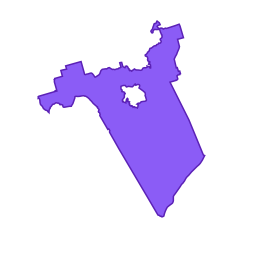 Muaro Jambi, Jambi, Indonesia (Mercator projection), rotated 74°
{"feature_id": "22746128B29274337249674", "entity_name": "Muaro Jambi", "entity_type": "district", "adm_level": 2, "iso_a3": "IDN", "parent_name": "Indonesia", "parent_adm1": "Jambi", "projection": "mercator", "projection_center": [103.518, -1.705], "detail": "fine", "context": "isolated", "style": "filled", "palette": "violet", "viewbox_px": 256, "rotation_deg": 74, "n_neighbors": 0, "source": "geoboundaries", "source_scale": "gbopen_adm2", "svg_char_len": 5486}
<svg xmlns="http://www.w3.org/2000/svg" viewBox="0 0 256 256"><g transform="rotate(74 128 128)"><path d="M222.5,117.8L220.4,116.6L218.3,115.1L216.4,113.5L214.9,112.0L213.9,109.7L213.1,107.5L212.5,106.0L211.4,105.0L210.3,104.4L206.4,103.3L205.4,102.4L204.4,101.0L198.5,93.7L197.5,92.7L196.7,91.6L196.0,90.2L195.4,89.5L194.4,88.2L193.0,86.9L191.7,85.5L190.7,83.8L190.3,82.9L187.8,79.2L183.8,71.9L183.0,70.1L181.9,68.3L179.3,65.3L175.6,61.9L174.9,62.9L173.0,63.2L137.1,67.2L95.5,75.0L95.5,68.8L95.3,68.8L95.3,67.6L94.6,66.6L91.4,66.6L91.1,65.9L90.8,65.6L90.9,63.5L90.2,63.5L90.2,62.6L87.5,62.6L87.5,63.9L83.5,64.0L83.5,65.0L74.5,64.6L72.0,62.4L70.8,61.1L68.6,59.5L65.7,57.1L64.8,56.6L64.0,56.1L56.4,55.9L56.5,49.8L44.3,49.9L42.3,50.2L42.6,54.4L42.9,63.3L42.7,64.1L42.3,64.5L42.6,66.8L41.6,67.5L41.5,68.0L41.0,68.6L41.1,70.4L40.0,71.5L38.3,72.0L37.7,71.0L37.6,68.6L35.5,68.9L35.1,69.2L33.2,70.6L33.3,70.8L35.0,72.2L35.1,73.1L34.9,73.6L35.0,73.9L35.2,74.3L36.5,75.1L37.8,76.1L39.6,77.2L40.6,78.7L41.2,79.3L41.9,79.3L43.2,78.8L43.3,78.6L43.3,78.2L43.1,77.7L42.2,77.5L41.4,76.8L40.8,76.0L40.6,75.5L40.6,75.0L41.2,73.6L41.9,70.7L42.3,70.4L44.9,70.4L46.7,70.1L47.6,70.1L48.0,69.7L48.9,70.0L49.5,70.0L49.9,70.3L50.4,70.5L50.8,71.1L51.1,72.2L51.9,72.7L52.2,72.7L52.7,72.4L53.6,72.2L54.0,72.2L54.4,72.5L55.2,73.3L55.3,73.6L55.3,74.1L54.8,74.9L55.7,76.0L55.8,76.9L55.7,77.2L55.8,77.6L56.6,78.4L56.3,80.2L56.9,81.9L57.2,82.2L57.3,82.8L57.5,83.2L57.7,83.6L57.7,83.8L57.5,84.3L57.5,84.8L57.6,85.0L58.7,85.8L59.7,86.3L59.8,86.8L60.4,87.7L60.5,88.2L60.6,88.4L61.2,88.6L62.1,90.0L62.5,91.3L63.2,91.5L63.7,91.4L64.1,90.6L64.5,90.2L65.4,89.8L66.4,89.8L66.9,89.9L67.5,90.3L67.8,90.4L68.6,90.4L68.6,90.2L69.2,90.2L69.9,89.6L70.1,89.3L70.1,89.0L70.5,88.8L70.7,89.1L70.8,89.3L70.9,89.0L71.1,89.1L71.2,89.4L71.4,89.7L71.6,90.0L71.8,89.8L72.3,89.7L72.3,90.0L72.5,90.4L72.7,90.1L72.8,89.8L72.7,89.3L73.6,89.0L73.9,89.0L74.5,89.4L74.9,89.3L75.0,89.7L75.4,89.6L75.8,89.7L76.4,89.6L76.5,90.2L75.5,90.5L74.8,91.0L73.7,92.6L74.6,92.7L74.9,93.0L75.0,94.3L74.6,95.4L74.5,96.9L75.1,97.7L75.8,98.3L76.1,99.2L76.0,100.1L75.1,102.1L74.5,104.0L74.1,104.6L73.9,105.0L73.3,105.2L73.0,105.6L73.3,105.9L73.3,106.3L73.7,107.1L73.7,107.9L74.3,108.5L74.4,108.8L74.0,109.0L73.7,109.5L73.2,109.8L73.3,110.2L73.3,110.6L72.4,110.9L71.6,110.6L71.0,111.2L69.9,111.3L68.7,111.6L68.1,112.2L68.0,112.4L68.3,112.8L68.0,113.4L68.4,113.5L69.2,114.3L67.6,116.0L63.2,116.0L62.9,117.5L63.0,118.0L67.6,118.0L67.9,118.9L67.9,120.4L68.3,120.8L68.3,121.3L68.3,121.8L68.1,123.0L68.3,123.8L68.2,124.8L67.8,125.3L67.6,125.8L67.4,126.4L67.5,126.6L67.1,127.3L64.8,129.3L64.7,130.5L65.2,131.6L65.3,132.5L65.1,132.7L64.9,133.5L64.5,136.6L65.4,138.2L66.0,138.7L68.0,140.1L68.9,141.3L70.1,145.3L70.0,145.7L69.7,145.9L67.7,146.5L65.9,147.3L65.2,147.9L65.0,148.4L64.9,149.2L65.0,151.7L64.8,152.7L65.0,154.0L64.8,154.5L64.5,154.9L51.2,154.8L51.1,170.8L54.5,170.8L54.2,175.1L54.2,176.7L60.2,176.8L60.2,184.8L61.0,185.0L61.1,185.6L62.0,185.6L62.7,185.9L63.8,186.1L72.0,186.1L72.1,187.3L72.8,186.7L72.9,205.0L73.1,205.7L74.1,205.9L74.8,206.2L74.8,205.7L74.9,205.4L75.2,205.2L75.9,205.1L77.2,205.1L79.5,205.6L81.4,205.6L82.3,205.1L82.9,204.7L84.3,204.2L86.1,203.9L87.2,202.9L87.9,202.6L88.8,201.2L89.3,200.7L90.5,200.4L91.0,199.9L91.4,199.7L89.6,199.1L88.3,198.3L87.5,197.3L86.7,197.1L86.1,195.9L85.0,194.6L84.4,193.5L84.7,192.7L84.5,192.0L84.2,191.3L83.9,190.2L84.7,188.8L85.0,187.8L85.7,187.3L86.4,187.2L86.9,186.9L87.1,185.7L87.3,185.6L87.1,185.6L87.9,184.5L89.2,184.6L90.1,184.4L90.5,183.3L91.0,178.3L91.5,176.5L90.6,175.7L89.4,174.3L84.6,170.9L83.7,170.6L83.2,170.3L83.2,169.2L83.9,167.5L84.2,165.9L84.5,163.0L84.8,161.5L85.3,161.1L85.6,160.2L86.2,159.5L87.6,158.3L89.5,157.1L91.0,156.5L92.0,155.8L94.7,154.7L98.0,152.6L99.2,151.6L99.5,151.9L99.9,151.6L100.3,151.7L102.2,150.8L104.2,152.0L104.8,151.8L105.4,151.1L107.4,151.1L108.0,151.6L108.6,151.6L123.8,147.8L123.5,146.8L125.3,146.2L126.3,146.7L127.1,146.9L145.8,142.4L188.9,131.2L199.6,128.4L219.9,123.2L220.2,122.8L220.6,122.0L221.3,121.7L221.6,121.2L221.9,121.0L221.9,120.5L222.8,119.9L222.8,119.0L222.5,117.8ZM99.0,101.9L100.7,102.1L101.7,102.7L102.4,102.5L106.0,102.5L106.7,102.9L107.0,104.4L106.7,105.5L106.4,108.1L107.1,109.2L107.4,110.2L107.2,110.7L107.0,111.0L107.1,112.1L107.4,112.6L107.5,112.2L107.8,112.3L107.9,112.1L108.6,111.7L109.0,112.2L109.5,112.2L110.7,112.9L111.1,113.4L111.3,113.5L110.6,114.3L110.3,115.0L110.3,115.5L110.0,115.5L109.9,115.7L109.6,115.8L109.5,116.1L109.4,116.1L109.5,117.4L109.1,117.4L108.8,117.3L108.5,117.8L107.7,118.0L107.6,118.4L107.9,118.9L107.5,119.3L107.0,119.3L106.9,119.9L106.6,120.1L105.8,120.1L105.2,119.8L105.1,120.0L105.0,119.9L104.7,120.0L104.6,119.8L103.3,120.0L103.2,119.5L102.6,120.0L102.6,120.8L102.4,121.3L100.3,120.0L99.9,120.1L99.3,120.5L99.7,121.0L100.1,121.6L100.8,121.5L101.1,121.6L101.0,122.0L101.6,122.4L102.3,122.6L102.5,123.1L102.4,123.1L102.5,123.3L103.1,123.3L101.4,125.7L101.5,126.4L100.8,125.4L100.4,125.8L99.5,125.7L97.7,123.3L97.1,122.9L96.5,122.8L94.2,122.0L94.3,121.3L94.1,121.2L93.5,121.6L92.8,121.5L92.1,122.3L91.3,123.8L90.0,123.2L88.6,124.0L86.0,123.3L85.8,121.0L86.3,119.0L88.1,118.2L88.0,117.6L88.2,117.1L88.1,115.9L88.6,114.9L88.9,114.5L88.9,114.1L89.0,113.8L89.3,113.5L89.6,112.3L87.7,109.0L87.9,108.9L88.4,109.1L88.7,109.1L89.1,108.7L88.9,107.8L88.8,107.0L88.9,106.5L89.2,105.7L89.8,105.1L90.6,105.1L91.6,105.6L92.5,106.4L96.9,103.0L97.4,102.8L98.2,102.1L99.0,101.9Z" fill="#8b5cf6" stroke="#5b21b6" stroke-width="1.5"/></g></svg>